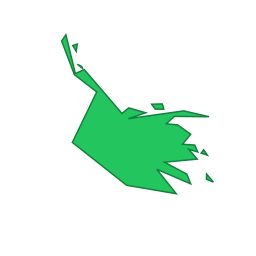 the border of Alaska, rotated 210°
{"feature_id": "USA-3563", "entity_name": "Alaska", "entity_type": "State", "adm_level": 1, "iso_a3": "USA", "parent_name": "United States of America", "parent_adm1": "", "projection": "natural_earth1", "projection_center": [-152.163, 61.314], "detail": "coarse", "context": "isolated", "style": "filled", "palette": "green", "viewbox_px": 256, "rotation_deg": 210, "n_neighbors": 0, "source": "natural_earth", "source_scale": "10m", "svg_char_len": 748}
<svg xmlns="http://www.w3.org/2000/svg" viewBox="0 0 256 256"><g transform="rotate(210 128 128)"><path d="M169.0,87.7L173.1,143.6L201.1,147.4L229.0,170.2L228.4,177.7L200.8,148.8L195.1,156.7L140.5,137.6L137.4,145.8L120.3,150.0L132.4,136.2L88.3,170.7L63.4,178.3L93.6,161.3L96.9,150.8L86.6,155.5L70.6,154.0L72.7,141.2L61.7,146.6L55.6,142.1L64.8,139.9L52.5,135.7L79.3,116.6L54.1,117.5L45.8,111.0L82.4,106.6L53.4,95.2L100.5,77.7L169.0,87.7ZM119.4,160.4L110.4,166.0L106.4,162.2L113.9,158.0L119.4,160.4ZM217.1,171.8L213.9,175.3L211.2,168.5L217.1,171.8ZM34.4,122.8L36.9,127.4L27.0,123.9L34.4,122.8ZM199.0,158.1L196.6,156.7L203.7,157.9L199.0,158.1ZM52.1,142.8L51.6,147.0L45.7,144.2L52.1,142.8Z" fill="#22c55e" stroke="#15803d" stroke-width="1.5"/></g></svg>